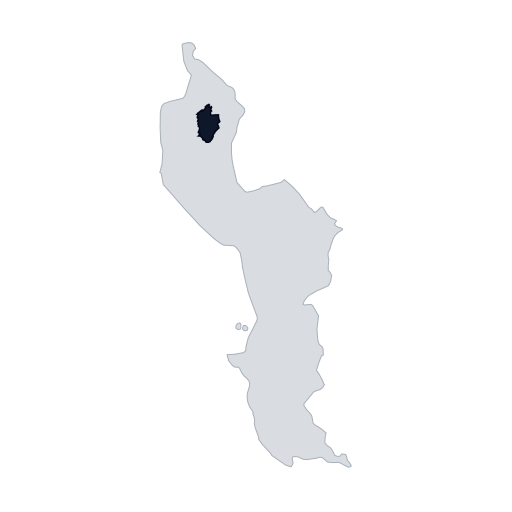 location of Blantyre, Blantyre, Malawi, rotated 175°
{"feature_id": "42251766B636776762176", "entity_name": "Blantyre", "entity_type": "district", "adm_level": 2, "iso_a3": "MWI", "parent_name": "Malawi", "parent_adm1": "Blantyre", "projection": "orthographic", "projection_center": [34.952, -15.681], "detail": "fine", "context": "in_parent", "style": "filled", "palette": "ink", "viewbox_px": 512, "rotation_deg": 175, "n_neighbors": 0, "source": "geoboundaries", "source_scale": "gbopen_adm2", "svg_char_len": 7191}
<svg xmlns="http://www.w3.org/2000/svg" viewBox="0 0 512 512"><g transform="rotate(175 256 256)"><path d="M196.9,298.3L193.9,294.2L191.5,295.3L188.1,298.2L186.3,299.0L185.4,298.9L184.8,298.2L184.0,296.3L181.4,291.1L178.4,287.4L175.3,285.9L172.8,284.2L173.9,282.5L175.1,281.3L174.5,280.1L173.1,278.3L167.6,275.8L167.5,274.6L172.3,272.3L175.4,269.6L177.4,267.0L180.0,261.3L182.1,255.6L183.7,253.8L184.2,250.0L183.8,245.8L184.8,240.5L185.3,235.4L183.7,233.4L182.3,230.0L183.9,224.2L186.4,220.1L198.6,215.9L207.1,212.0L208.9,210.3L211.8,207.1L213.4,203.9L212.2,203.0L205.5,203.0L203.9,201.8L198.9,190.8L201.6,178.1L201.8,173.1L201.7,166.9L200.8,162.4L198.6,160.5L197.3,158.1L197.6,151.5L199.6,150.7L203.8,141.9L205.7,136.8L203.4,132.7L200.8,126.8L199.7,123.1L199.0,121.9L200.8,119.6L203.7,117.3L206.9,116.7L210.3,115.6L221.1,104.7L221.2,102.6L219.2,98.9L215.2,93.5L214.3,91.2L213.7,84.6L212.1,82.7L206.2,78.3L201.6,73.6L203.0,68.9L203.7,63.7L201.5,60.9L198.1,58.0L196.0,53.7L195.0,50.5L192.3,49.3L189.9,49.2L188.1,51.2L186.2,51.1L183.9,50.4L183.1,47.7L182.9,44.7L181.3,42.6L179.7,39.8L179.5,38.3L180.5,37.9L182.6,37.6L191.3,43.2L196.6,43.4L202.5,44.4L207.6,49.4L210.2,50.0L213.5,49.3L223.0,48.7L226.8,49.4L231.8,52.3L233.7,52.7L236.8,52.8L237.3,52.0L237.6,50.3L237.1,46.8L237.8,44.9L239.6,42.9L244.8,45.2L257.8,56.1L258.2,57.5L266.5,68.3L269.2,72.9L269.2,75.3L271.7,84.8L272.3,89.2L271.7,92.6L271.8,95.3L272.9,99.1L272.5,100.8L275.5,106.4L276.9,111.2L277.2,115.8L276.4,120.4L273.8,127.0L273.3,129.7L273.9,132.1L275.6,134.7L278.4,137.6L280.5,141.0L281.9,145.0L283.1,146.8L284.6,146.8L287.4,147.4L289.6,149.8L292.2,153.7L293.1,158.2L293.4,160.2L286.1,160.0L276.8,160.8L274.5,162.6L273.9,166.5L271.0,174.7L269.4,177.7L265.9,183.1L261.1,190.9L260.1,193.4L260.3,196.0L263.2,206.4L266.2,217.4L267.1,221.7L269.3,236.4L270.5,246.7L270.6,252.8L271.6,260.9L274.3,265.3L277.0,268.1L287.4,269.7L290.5,271.8L296.4,277.0L309.3,291.3L316.3,300.5L322.5,308.5L333.5,323.5L342.1,335.2L343.1,346.1L344.5,347.7L341.6,355.8L339.6,368.9L341.0,377.6L340.3,392.4L338.7,408.1L336.7,413.7L334.2,415.9L328.2,417.5L315.1,419.5L313.2,421.3L311.5,424.4L308.8,431.6L305.7,438.9L304.7,442.1L305.3,442.8L308.1,446.6L310.9,456.1L311.3,472.5L310.4,473.7L306.5,474.4L302.4,474.2L300.7,473.3L299.1,471.4L298.0,467.9L300.7,465.5L301.7,461.2L300.0,457.6L296.5,456.8L292.0,453.4L282.5,442.5L274.6,434.8L270.0,428.4L265.3,425.9L263.9,424.4L262.8,421.7L262.7,417.8L263.2,414.9L261.7,411.7L256.9,406.8L254.7,404.0L254.6,400.8L256.6,397.6L260.7,393.7L263.7,385.9L264.8,380.8L270.6,370.6L271.4,361.7L271.5,354.7L271.1,349.4L269.6,338.5L268.6,331.0L261.4,321.2L259.1,320.3L252.3,321.2L246.4,322.7L243.6,324.7L239.2,324.8L227.8,326.6L224.2,327.3L222.1,329.1L220.9,329.5L213.7,322.0L207.3,313.8L199.2,299.9L196.9,298.3ZM280.1,190.3L278.2,190.7L277.0,189.7L277.3,186.7L278.0,184.5L279.9,184.2L281.2,184.8L282.2,185.8L282.2,187.4L281.6,189.0L280.1,190.3ZM275.8,184.8L274.7,187.8L272.5,187.8L270.3,185.1L271.0,183.0L273.1,182.4L274.9,183.2L275.8,184.8Z" fill="#d9dde1" stroke="#a8b0b8" stroke-width="1"/><path d="M294.4,373.7L294.2,373.5L293.9,373.4L293.7,373.5L293.3,373.4L293.2,373.4L293.1,373.5L292.9,373.7L292.7,373.9L291.9,373.9L291.7,374.0L291.3,374.7L291.0,375.1L290.8,375.4L290.6,375.6L290.4,375.5L290.2,375.8L289.9,375.9L289.8,376.1L289.7,376.3L289.6,376.5L289.2,377.1L289.4,377.3L289.0,377.9L288.7,378.6L288.3,378.5L288.2,379.0L288.4,379.2L288.4,379.3L288.1,380.0L288.0,380.5L287.9,380.8L287.6,381.1L287.2,381.5L286.8,382.0L286.7,382.1L286.3,382.5L286.3,382.8L286.5,382.9L286.5,383.0L286.4,383.4L286.4,383.6L285.9,383.9L285.8,383.6L285.7,383.6L285.6,383.8L285.4,383.8L285.2,383.9L284.8,384.4L284.4,384.8L284.2,385.1L284.0,385.3L283.9,385.3L283.7,385.2L283.0,385.8L282.6,386.2L282.2,386.5L281.9,386.6L281.8,387.0L281.9,387.7L282.0,388.1L282.1,388.5L282.2,389.0L282.3,389.2L282.5,389.6L282.7,390.3L282.7,390.9L282.7,391.1L282.4,391.7L282.2,391.8L281.9,392.0L281.5,392.2L281.0,392.4L280.8,392.6L280.7,392.8L280.4,393.0L280.5,393.9L280.6,394.1L280.7,394.5L280.9,394.9L281.0,395.1L281.1,395.4L281.2,396.1L281.3,396.2L281.1,396.5L281.2,397.0L281.2,397.5L281.3,398.0L281.2,398.2L281.2,398.5L281.2,398.8L281.2,399.2L281.1,399.6L281.1,399.9L284.2,400.1L288.4,400.1L288.5,400.3L288.7,400.5L288.7,400.8L288.9,401.1L288.8,401.4L288.9,401.5L289.0,401.9L289.1,402.1L289.1,402.3L289.0,402.5L288.6,403.3L288.4,403.7L288.1,404.1L288.0,404.3L287.9,404.5L287.7,404.5L287.8,404.9L288.0,404.9L288.2,405.1L288.2,405.3L288.3,405.5L288.5,405.6L288.4,405.8L288.4,406.0L288.0,406.6L287.9,406.9L287.8,407.0L287.8,407.3L287.7,407.4L287.6,407.5L287.3,407.8L287.3,408.0L287.4,408.6L287.5,408.7L287.8,408.5L287.9,408.4L288.1,408.2L288.5,408.1L289.0,408.0L289.4,408.3L289.5,408.3L289.6,408.6L289.7,408.8L289.7,409.1L289.8,409.4L289.6,409.7L289.5,409.8L289.4,410.0L289.5,410.0L289.3,410.2L289.4,410.4L289.5,410.6L289.6,411.0L289.9,410.9L290.0,410.9L290.1,411.0L290.4,410.9L290.6,410.7L290.9,410.6L291.1,410.5L291.3,410.5L291.6,410.5L291.7,410.4L291.4,410.3L291.4,410.2L291.5,409.8L291.7,409.7L291.8,409.7L292.0,409.8L292.3,409.9L292.4,409.7L292.6,409.6L292.9,409.4L292.9,409.2L293.0,409.1L293.0,408.9L292.8,408.9L292.9,408.7L293.2,408.7L293.1,408.4L293.2,408.2L293.3,408.3L293.3,408.2L293.5,408.1L293.7,407.9L293.7,407.7L293.7,407.3L293.6,407.2L293.8,407.0L294.0,407.1L294.3,406.9L294.4,406.6L294.5,406.6L294.8,406.5L294.8,406.1L295.0,405.9L295.4,405.8L295.5,405.7L295.9,405.4L296.0,405.3L296.2,405.5L296.3,405.6L296.3,405.4L296.5,405.5L296.8,405.8L296.9,406.0L297.0,406.1L297.3,406.0L297.3,405.9L297.5,405.8L297.7,405.6L297.8,405.4L298.0,405.3L298.2,405.5L298.4,405.4L298.6,405.2L298.8,405.1L299.0,405.0L299.2,404.8L299.4,404.7L299.8,404.3L300.1,404.1L300.5,404.0L300.9,403.6L301.0,403.6L301.3,403.4L301.6,403.3L301.6,403.1L301.7,402.9L301.8,402.8L301.8,402.7L302.0,402.7L302.1,402.4L302.4,402.2L302.1,402.1L301.9,402.1L301.7,402.0L301.4,402.2L301.3,402.3L301.3,402.2L301.4,401.9L301.5,401.6L301.5,401.4L301.6,401.2L301.9,400.2L302.3,399.9L302.3,399.5L302.4,399.0L302.4,398.8L302.1,398.5L301.9,398.6L301.7,398.4L301.6,398.2L301.8,397.9L301.8,397.6L301.6,397.3L301.6,396.8L301.4,396.7L301.5,396.5L301.5,396.3L301.6,396.1L302.0,396.0L302.1,395.9L302.3,395.8L302.4,395.6L302.5,395.4L301.7,394.3L301.7,394.2L301.9,393.9L301.9,393.7L301.9,393.3L301.9,393.2L302.0,393.1L302.2,392.9L302.3,392.8L302.4,392.6L302.3,392.4L302.0,392.1L301.7,391.7L301.7,391.4L301.8,391.3L301.9,391.2L302.1,390.6L302.2,390.4L302.2,390.2L301.9,390.0L301.8,389.9L301.7,389.8L301.5,389.6L301.3,389.4L301.1,389.1L300.9,388.9L301.3,387.2L301.5,386.6L301.9,385.8L302.3,385.1L302.2,385.1L302.0,384.9L302.3,384.6L302.2,384.1L302.5,384.0L302.6,383.9L302.5,383.7L301.1,382.9L302.0,381.8L302.1,381.5L302.4,381.1L302.6,380.8L302.9,380.6L302.4,380.5L302.0,380.4L301.4,380.4L301.2,380.4L300.7,380.0L300.5,379.8L299.7,379.0L299.5,378.8L299.0,377.7L298.9,377.5L298.9,377.3L298.8,377.1L298.8,376.7L298.6,376.3L298.4,376.1L298.2,376.1L297.8,376.1L297.5,376.0L297.4,375.9L297.1,375.8L297.0,375.7L296.9,375.5L296.8,375.4L296.7,375.2L296.4,375.1L296.3,374.7L296.2,374.6L295.9,374.2L295.9,373.8L295.7,373.7L295.2,373.6L295.0,373.8L294.9,373.8L294.4,373.7Z" fill="#0f172a" stroke="#020617" stroke-width="1.5"/></g></svg>